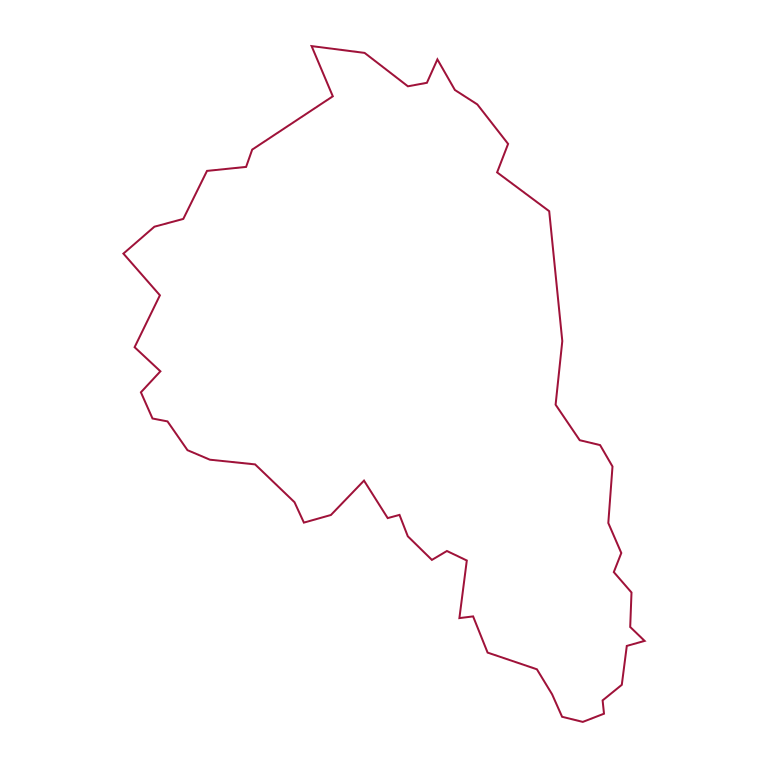 Magoffin, Kentucky, United States of America (Natural Earth projection)
{"feature_id": "52423323B54466190997734", "entity_name": "Magoffin", "entity_type": "district", "adm_level": 2, "iso_a3": "USA", "parent_name": "United States of America", "parent_adm1": "Kentucky", "projection": "natural_earth1", "projection_center": [-83.049, 37.69], "detail": "fine", "context": "isolated", "style": "outline", "palette": "rose", "viewbox_px": 768, "rotation_deg": 0, "n_neighbors": 0, "source": "geoboundaries", "source_scale": "gbopen_adm2", "svg_char_len": 828}
<svg xmlns="http://www.w3.org/2000/svg" viewBox="0 0 768 768"><path d="M562.3,341.1L549.2,211.2L497.1,172.4L508.1,143.9L477.3,104.4L454.9,90.0L437.4,59.4L426.9,82.8L407.9,86.3L364.6,52.9L311.6,46.1L332.8,96.3L252.2,149.6L246.1,166.9L207.0,170.9L183.3,218.9L154.4,226.7L123.4,253.6L159.9,295.3L134.6,347.2L160.4,371.3L140.9,392.3L152.5,418.5L167.5,421.4L187.5,450.2L209.9,459.7L255.1,464.4L294.5,502.2L303.9,522.6L330.9,515.0L364.0,480.6L387.7,518.1L399.5,514.9L407.8,536.3L431.9,559.9L446.9,551.0L466.8,560.5L459.4,618.1L473.1,616.4L487.6,652.6L536.9,669.3L552.1,694.3L562.1,716.8L582.8,721.9L604.0,713.7L602.6,700.4L621.8,684.8L626.8,645.9L644.6,640.9L630.2,627.0L631.5,592.5L613.8,572.1L621.3,553.0L608.3,523.0L612.5,466.5L600.1,445.1L579.7,440.2L555.6,404.7L562.3,341.1Z" fill="none" stroke="#9f1239" stroke-width="2"/></svg>